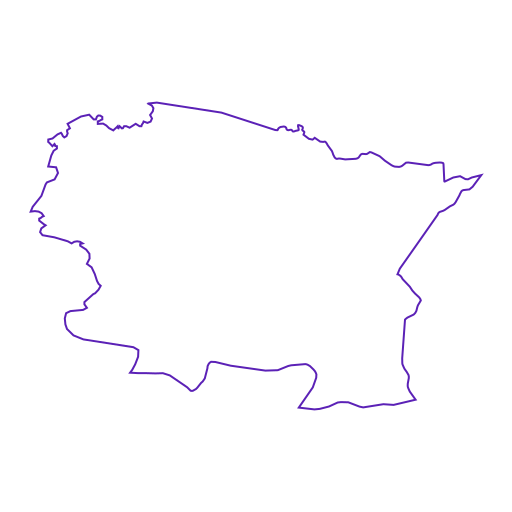 map outline of Alta Verapaz (Albers equal-area conic projection)
{"feature_id": "GTM-1948", "entity_name": "Alta Verapaz", "entity_type": "Department", "adm_level": 1, "iso_a3": "GTM", "parent_name": "Guatemala", "parent_adm1": "", "projection": "albers", "projection_center": [-90.124, 15.617], "detail": "fine", "context": "isolated", "style": "outline", "palette": "violet", "viewbox_px": 512, "rotation_deg": 0, "n_neighbors": 0, "source": "natural_earth", "source_scale": "10m", "svg_char_len": 4251}
<svg xmlns="http://www.w3.org/2000/svg" viewBox="0 0 512 512"><path d="M148.2,103.6L148.3,103.5L156.8,102.6L221.4,112.6L275.2,130.0L277.3,130.2L277.8,129.8L277.9,129.7L278.0,129.3L278.2,128.7L279.1,127.8L280.5,127.0L283.9,126.5L285.3,126.9L286.2,127.8L286.4,128.9L287.3,130.0L288.5,130.2L290.2,129.8L291.1,129.8L291.6,129.9L292.8,131.4L293.6,131.5L294.5,131.3L295.4,130.9L297.9,130.4L298.5,130.1L298.7,129.9L298.7,129.4L298.6,128.7L298.0,126.2L298.1,125.2L298.6,125.1L299.3,125.2L301.7,126.2L302.3,126.7L302.8,127.3L302.8,128.1L302.6,128.8L302.4,129.5L302.2,129.8L302.7,130.6L303.6,131.2L304.2,131.7L304.3,132.4L303.5,134.7L308.9,138.8L312.5,139.6L313.2,139.2L314.7,137.8L320.2,141.6L323.2,141.9L324.9,141.6L325.7,142.1L326.7,143.4L327.8,145.4L331.9,151.0L332.7,153.0L333.2,154.6L334.7,157.5L335.8,158.5L336.9,158.9L337.8,158.7L338.9,158.5L340.3,158.6L345.2,159.4L355.8,158.8L357.5,158.3L358.1,157.9L358.5,157.6L358.9,157.2L360.2,155.3L360.7,154.7L361.3,154.2L362.2,153.9L363.1,153.9L365.9,154.1L366.8,154.0L368.5,153.0L369.7,152.1L370.6,152.2L371.6,152.5L379.0,155.9L379.9,156.4L384.9,160.7L391.5,165.2L393.3,166.1L394.8,166.6L399.1,166.9L400.8,166.5L401.6,166.1L402.3,165.7L406.0,162.7L408.2,162.5L427.8,165.1L429.0,165.1L429.9,164.9L430.8,164.6L431.5,164.2L432.2,163.7L433.5,163.2L435.5,162.8L439.9,162.5L441.9,162.7L443.2,163.2L443.5,164.1L444.3,181.2L444.5,181.5L444.9,181.5L453.3,177.5L460.1,176.2L465.4,179.1L468.0,179.3L471.8,177.5L481.3,175.1L472.6,186.8L469.4,189.4L463.3,190.1L462.2,190.6L461.4,191.3L459.8,194.3L459.5,195.2L455.6,202.2L454.4,203.8L453.3,204.7L450.0,206.3L444.7,210.0L443.1,210.8L439.8,211.9L438.8,212.6L438.2,213.4L437.5,215.0L417.6,243.4L399.8,268.7L397.5,274.3L398.4,274.5L399.8,275.4L400.4,275.9L401.1,276.6L401.5,277.2L402.7,279.2L409.8,286.7L412.3,290.5L415.1,293.6L419.2,297.4L420.4,299.2L420.8,300.5L418.3,304.7L417.9,305.4L417.3,307.1L416.4,310.8L415.6,312.3L415.2,313.0L414.6,313.6L414.1,314.2L413.4,314.7L407.4,317.6L405.5,319.1L405.0,319.7L402.2,358.3L402.3,363.3L402.5,364.4L403.9,367.6L404.6,369.0L406.7,371.9L408.5,375.0L408.8,376.4L408.8,378.1L407.8,383.5L407.7,385.3L407.8,386.8L408.4,388.5L409.8,391.6L415.6,399.7L393.6,404.9L383.4,404.2L363.2,407.4L359.5,406.6L348.3,402.3L341.0,402.1L337.7,402.5L329.0,406.5L319.7,408.9L314.4,409.4L298.8,407.6L312.8,387.4L316.2,377.8L316.4,374.4L315.8,372.8L315.0,371.3L313.5,369.5L310.0,366.1L307.6,364.7L306.4,364.3L305.4,364.1L291.1,365.3L288.2,366.0L277.8,370.2L265.4,370.6L230.7,365.7L215.4,362.0L211.1,361.8L209.7,362.7L209.2,363.3L208.7,363.9L207.9,365.5L207.6,366.2L207.4,368.3L204.8,378.4L202.7,381.5L201.1,382.9L197.3,387.7L196.0,389.0L192.8,390.8L191.6,390.9L190.6,390.7L187.2,387.3L169.8,375.4L162.9,373.2L155.4,373.4L144.7,373.1L137.5,373.1L130.1,372.7L132.2,369.9L135.2,364.3L138.1,356.8L138.4,350.1L133.4,347.2L83.4,339.4L73.5,335.4L67.0,329.0L65.4,324.4L64.8,318.4L66.1,313.2L70.4,311.1L83.1,309.9L86.9,307.8L84.4,304.3L84.4,302.1L93.3,294.1L95.1,293.3L98.5,289.7L100.7,285.8L98.6,283.9L97.0,280.9L94.8,274.1L91.6,267.3L86.9,263.9L89.6,258.5L89.4,253.8L86.2,249.6L80.2,245.7L80.1,244.1L80.6,243.7L81.5,243.7L82.6,243.4L80.0,241.8L77.1,241.3L74.2,241.8L71.6,243.4L67.8,241.3L54.3,237.3L42.5,235.2L40.1,232.1L41.3,228.4L45.6,225.3L43.8,224.2L39.2,220.6L39.2,218.6L40.7,218.0L42.1,216.8L43.7,216.1L41.6,213.2L38.6,211.6L34.9,211.1L30.7,211.6L32.7,206.8L41.4,195.9L45.6,184.4L46.9,182.4L54.6,179.4L58.0,173.0L56.1,167.3L48.2,166.5L51.3,155.5L53.7,150.7L56.9,148.5L56.9,146.2L55.2,146.0L55.0,145.6L55.1,145.0L54.5,144.0L52.4,146.2L49.6,143.1L48.2,141.9L48.3,139.5L52.5,138.5L57.5,134.4L61.0,132.8L61.8,133.8L62.8,136.0L64.3,137.4L66.5,136.1L67.7,133.3L67.1,131.6L67.1,130.2L69.9,128.3L67.6,123.8L81.0,116.5L89.2,114.7L93.7,119.4L95.9,119.4L96.9,116.7L98.3,115.5L100.2,115.6L102.3,116.9L102.3,119.4L100.9,120.0L99.4,120.9L97.8,121.4L97.8,123.9L103.1,123.6L106.3,125.5L109.1,128.2L113.3,130.4L114.3,129.4L116.3,127.6L117.7,126.2L118.2,128.2L118.5,128.3L118.9,127.3L119.6,126.2L121.9,128.4L122.9,128.2L124.1,126.2L126.3,126.2L129.6,127.7L135.7,123.8L139.5,126.2L141.4,126.2L141.9,124.6L143.0,123.1L143.6,121.5L147.4,122.9L150.6,121.6L152.0,118.5L150.1,115.0L152.8,111.3L153.4,108.2L151.9,105.6L148.2,103.6Z" fill="none" stroke="#5b21b6" stroke-width="2"/></svg>